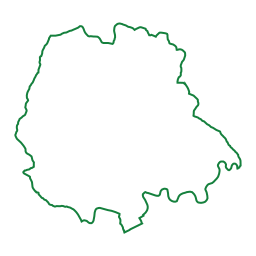 Alma, Sibiu, Romania
{"feature_id": "2599482B74056506613353", "entity_name": "Alma", "entity_type": "district", "adm_level": 2, "iso_a3": "ROU", "parent_name": "Romania", "parent_adm1": "Sibiu", "projection": "orthographic", "projection_center": [24.465, 46.229], "detail": "fine", "context": "isolated", "style": "outline", "palette": "green", "viewbox_px": 256, "rotation_deg": 0, "n_neighbors": 0, "source": "geoboundaries", "source_scale": "gbopen_adm2", "svg_char_len": 5732}
<svg xmlns="http://www.w3.org/2000/svg" viewBox="0 0 256 256"><path d="M93.5,220.7L94.3,216.4L94.7,212.5L95.4,210.2L95.9,209.3L96.7,208.6L98.5,208.0L99.9,207.9L107.9,210.1L111.5,210.8L115.5,212.1L119.5,213.8L119.5,215.0L119.0,216.4L119.1,217.2L120.0,218.7L120.4,219.9L120.4,221.9L120.2,223.1L120.2,223.5L120.3,223.8L121.2,224.4L121.8,225.3L122.9,227.4L123.0,228.5L123.5,230.0L124.1,230.4L124.1,231.7L124.4,232.5L127.4,231.0L128.5,230.5L129.8,229.8L130.1,229.4L142.1,223.5L141.7,222.9L141.1,220.9L139.4,218.1L143.5,215.7L143.1,214.9L145.6,212.6L147.1,210.3L147.7,208.1L147.7,206.3L147.3,204.7L145.1,199.9L143.2,197.0L142.8,195.2L142.9,194.2L144.7,192.4L145.4,192.1L146.8,192.8L148.1,193.0L155.5,195.5L157.0,195.8L158.4,195.8L159.4,195.2L159.9,194.4L160.6,191.4L161.0,190.7L162.1,189.5L163.9,188.8L164.9,188.7L166.7,189.1L167.4,189.8L168.0,193.0L168.3,196.3L169.1,198.5L170.2,199.9L171.9,201.0L173.6,201.6L175.2,201.7L176.8,201.2L178.4,197.4L178.7,196.5L179.8,195.1L180.9,194.3L182.7,193.4L185.9,192.5L186.5,192.2L188.4,191.9L190.1,191.7L192.2,192.2L194.2,194.3L195.3,196.2L195.8,197.7L196.4,200.3L196.9,201.3L197.6,202.0L198.3,202.5L200.4,202.8L201.5,202.8L203.6,202.4L205.2,201.7L205.8,201.1L206.8,199.9L207.5,198.3L207.3,195.7L206.6,192.3L205.4,189.6L205.4,188.8L206.2,186.9L207.3,185.3L208.0,184.6L208.5,184.2L212.2,183.0L213.8,181.7L214.6,180.8L216.8,178.5L218.1,176.7L219.1,173.8L219.5,171.5L219.6,170.2L219.4,169.0L218.1,166.4L217.9,165.6L218.0,164.8L219.0,163.0L220.1,161.9L221.1,161.5L223.3,161.5L224.1,162.0L224.9,162.6L225.6,163.6L226.0,164.5L225.8,166.7L226.1,167.7L228.0,169.8L229.0,170.2L229.3,170.1L230.1,169.5L231.1,168.3L231.8,165.7L232.3,164.8L233.3,163.8L234.1,163.6L235.2,163.7L235.6,163.9L236.4,164.6L237.1,165.7L237.4,168.6L237.7,168.6L238.0,168.2L238.6,167.8L239.3,167.6L239.7,166.4L240.4,165.9L240.6,165.6L240.6,165.3L240.5,160.9L240.3,160.0L240.0,159.1L238.5,156.7L238.2,155.7L238.1,154.7L237.8,154.5L237.0,153.3L236.4,152.6L235.5,152.0L234.6,150.7L233.1,149.5L231.9,148.1L230.8,147.3L230.3,146.6L230.1,145.9L229.3,145.4L228.6,144.8L227.5,142.2L226.8,141.7L225.8,139.1L224.6,137.6L223.6,136.8L223.1,136.1L221.5,134.6L220.8,133.6L220.5,132.9L220.1,131.6L219.6,131.3L216.4,130.0L213.0,127.8L211.0,127.0L209.2,125.3L207.1,124.2L204.1,121.4L202.3,120.8L200.7,119.1L199.3,118.6L198.2,117.7L196.8,117.1L194.5,116.4L193.5,115.8L193.5,115.3L193.7,114.3L193.8,111.5L194.0,110.6L195.6,108.3L196.4,107.0L198.0,105.3L198.3,104.6L198.4,103.5L198.3,102.7L197.9,101.7L197.8,99.8L197.2,99.0L193.6,95.6L189.0,93.7L189.2,91.7L188.1,88.7L187.3,87.2L185.5,84.4L185.5,84.6L184.0,83.3L183.2,82.8L177.5,82.7L177.5,81.2L177.7,80.6L177.8,79.9L177.9,79.3L178.4,78.3L178.6,77.6L178.8,77.2L179.6,76.8L180.2,76.2L180.7,75.4L180.8,75.2L180.8,72.6L181.3,71.8L181.4,70.0L181.3,67.9L180.8,66.9L180.7,66.3L180.8,65.2L182.1,61.8L183.4,60.3L183.9,59.5L185.2,55.5L185.1,53.4L184.9,52.5L184.6,52.1L182.8,50.4L181.7,49.7L180.3,49.3L179.1,49.3L177.7,49.8L176.7,49.8L176.3,47.3L175.8,46.5L175.0,45.7L173.2,44.5L170.2,43.7L169.5,43.3L168.7,40.7L167.8,39.5L167.5,36.8L167.5,35.0L167.2,34.1L167.1,33.9L166.2,33.5L165.0,33.2L161.7,32.7L159.8,32.6L159.2,32.9L158.7,33.4L156.8,35.2L156.3,35.8L155.8,36.7L153.4,35.6L151.3,34.8L150.5,35.3L149.2,35.2L148.9,34.4L147.9,32.6L147.6,31.6L147.4,31.1L146.0,30.0L145.8,29.6L145.7,28.9L145.5,28.7L141.2,27.3L140.1,27.2L139.2,27.5L136.0,29.0L134.6,29.9L133.2,28.5L132.4,28.0L130.3,27.2L128.2,26.8L125.8,25.4L123.0,24.5L122.0,24.0L121.3,23.9L120.4,23.6L119.3,23.5L117.9,23.8L117.2,24.1L115.1,25.9L114.8,26.5L114.4,27.8L114.1,30.6L114.2,31.4L115.0,35.0L115.1,37.3L114.7,38.4L114.5,39.7L113.7,41.1L113.5,42.7L112.9,43.6L112.5,43.9L108.2,43.0L103.4,43.0L102.1,42.5L101.7,42.2L100.1,39.2L99.5,38.3L98.2,37.1L97.4,36.7L94.4,36.5L93.3,36.5L90.8,36.2L89.3,36.4L88.1,36.0L86.1,33.9L85.2,32.7L84.5,31.4L83.6,28.9L82.8,27.3L81.8,26.4L81.0,26.2L79.9,26.2L78.2,27.6L74.6,29.2L73.8,29.5L71.4,30.6L69.7,30.9L66.4,32.5L64.0,32.8L61.6,33.9L60.9,34.5L60.5,34.7L55.4,35.7L50.7,35.7L49.0,38.3L49.0,39.0L47.3,43.1L46.5,44.3L44.8,45.8L44.1,47.7L42.6,50.5L42.3,51.6L42.2,53.4L41.4,55.9L41.2,56.2L40.6,56.3L39.9,57.2L40.0,60.3L39.5,62.1L39.7,63.1L40.3,64.2L40.3,64.8L38.5,69.7L38.4,72.6L37.5,73.0L36.8,74.3L36.1,75.1L35.5,76.6L34.3,78.6L34.0,79.6L32.7,82.5L31.8,83.5L31.4,84.0L30.9,85.0L29.7,86.5L29.3,88.9L27.8,91.6L27.3,92.9L26.8,95.3L26.9,97.6L27.0,98.1L27.7,99.2L28.1,100.4L27.9,100.8L26.4,102.8L26.0,103.4L25.8,104.1L25.7,105.3L25.3,107.4L26.6,110.2L26.6,111.0L25.2,114.6L24.8,115.1L22.7,116.4L21.8,117.4L19.6,119.0L19.0,120.6L18.4,121.5L18.1,122.6L18.1,123.9L17.5,124.6L17.0,125.6L16.8,127.0L16.9,128.5L17.2,129.7L17.2,130.4L17.1,130.9L16.3,132.1L15.9,133.6L15.4,134.7L15.4,135.6L15.9,136.8L16.7,138.4L17.1,139.0L21.0,142.6L23.5,145.7L24.5,147.2L25.4,148.7L25.5,149.1L25.6,151.3L25.8,151.9L26.2,152.7L27.2,153.6L29.3,154.7L31.5,156.4L31.7,157.0L32.4,160.0L32.6,160.5L33.9,162.4L33.8,163.5L33.8,166.8L31.8,168.0L30.6,168.2L29.8,169.0L29.2,169.4L26.8,169.9L25.6,170.5L24.7,170.5L23.3,172.1L23.3,172.3L23.7,173.1L24.3,173.6L28.8,176.0L29.9,176.7L30.0,177.6L30.2,178.6L31.1,180.2L32.0,182.2L32.5,186.8L32.7,187.6L33.6,189.1L35.2,191.2L36.1,192.1L36.2,191.9L36.6,192.3L37.8,192.5L38.4,192.7L38.6,193.0L38.6,194.2L38.8,194.5L40.5,196.3L41.2,197.2L41.9,197.9L43.0,198.2L43.7,199.0L44.3,199.6L46.2,200.3L47.1,201.4L48.1,202.3L49.1,204.0L49.5,204.4L50.5,204.8L52.2,205.1L52.7,205.7L54.6,206.5L55.3,206.5L56.5,206.1L59.2,206.2L60.4,206.2L61.4,205.9L63.0,206.0L65.2,206.8L66.8,206.5L67.7,207.0L70.2,207.6L72.6,209.0L73.4,209.3L74.7,210.5L76.3,212.2L78.0,214.5L80.9,219.7L81.6,221.5L83.3,220.5L84.3,220.3L84.8,220.4L86.7,220.9L88.3,222.3L89.2,222.9L89.8,223.1L91.6,223.1L92.6,222.3L93.5,220.7Z" fill="none" stroke="#15803d" stroke-width="2"/></svg>